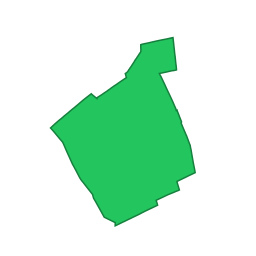 outline of Biled, Timis, Romania, rotated 103°
{"feature_id": "2599482B65563372669313", "entity_name": "Biled", "entity_type": "district", "adm_level": 2, "iso_a3": "ROU", "parent_name": "Romania", "parent_adm1": "Timis", "projection": "robinson", "projection_center": [20.95, 45.877], "detail": "fine", "context": "isolated", "style": "filled", "palette": "green", "viewbox_px": 256, "rotation_deg": 103, "n_neighbors": 0, "source": "geoboundaries", "source_scale": "gbopen_adm2", "svg_char_len": 2873}
<svg xmlns="http://www.w3.org/2000/svg" viewBox="0 0 256 256"><g transform="rotate(103 128 128)"><path d="M145.4,203.5L147.7,200.2L150.5,196.5L152.1,194.4L153.8,192.2L156.5,188.5L158.8,186.7L163.3,183.4L165.2,182.0L167.9,179.9L173.3,175.8L175.8,173.9L178.3,171.6L180.7,169.5L182.8,167.7L187.5,163.7L188.0,163.2L188.8,162.4L190.3,160.6L191.0,159.6L194.2,155.7L197.5,151.6L200.7,147.6L203.9,145.9L204.1,145.8L206.6,143.4L210.9,139.5L214.8,136.0L218.8,132.4L219.4,131.8L219.8,131.5L220.2,131.2L220.8,128.7L221.7,124.9L222.7,120.7L223.0,119.2L226.2,118.5L223.1,114.6L220.4,111.3L220.0,110.7L217.2,107.3L215.9,105.6L213.9,103.2L212.9,101.9L210.9,99.4L209.7,97.9L207.1,94.9L205.5,93.0L202.7,89.5L199.7,85.7L197.0,82.3L196.6,81.8L195.2,82.5L193.2,83.7L192.1,84.3L190.6,82.4L187.6,78.6L184.5,74.7L184.1,74.2L180.8,69.5L178.4,66.2L177.8,65.2L176.8,64.0L174.7,65.2L170.5,67.6L169.1,68.3L166.0,64.5L163.2,61.0L162.3,59.9L160.8,58.1L159.1,55.9L157.5,53.9L156.4,52.5L153.1,53.9L146.7,56.8L145.2,57.4L139.8,59.7L136.4,61.1L134.5,61.9L133.6,62.4L131.9,63.1L131.7,63.2L131.0,63.5L130.9,63.5L129.4,64.6L125.6,67.1L122.1,69.4L122.1,69.5L120.6,70.6L117.7,72.7L114.4,75.1L111.7,77.0L111.2,77.4L110.7,77.3L110.3,77.2L109.8,77.3L109.5,77.5L108.1,78.5L105.2,80.5L102.5,82.3L100.7,83.6L99.5,84.3L100.1,84.8L98.9,85.6L98.7,85.6L98.4,85.8L97.7,86.3L94.0,89.1L93.9,89.1L91.0,91.3L87.3,94.2L84.9,96.1L82.8,97.8L80.5,99.6L77.2,102.1L75.2,103.7L71.9,106.3L70.5,107.4L69.1,108.7L67.8,109.7L66.8,107.5L66.1,105.9L65.8,105.3L64.5,102.5L63.5,100.5L62.3,98.0L62.0,97.0L61.7,96.3L60.5,93.8L60.4,93.8L56.8,95.0L53.3,96.3L50.6,97.2L48.2,98.0L44.8,99.3L41.2,100.5L38.7,101.4L35.5,102.5L33.2,103.3L29.8,104.5L30.6,105.9L30.4,105.9L32.4,110.0L34.8,115.4L37.3,120.8L40.7,127.7L41.5,129.4L41.9,130.4L42.6,131.8L43.2,133.1L43.5,133.6L43.9,134.3L45.3,134.0L45.8,133.9L47.9,133.3L49.1,133.0L50.6,132.7L50.8,132.7L52.1,133.2L52.6,133.4L54.8,134.2L56.4,134.8L57.2,135.1L58.4,135.5L59.2,135.9L59.6,136.1L61.1,136.6L62.5,137.0L63.8,137.5L65.7,138.2L66.9,138.6L68.6,139.3L71.1,140.3L71.7,140.5L72.1,140.6L72.6,140.8L73.3,141.1L73.5,141.2L73.8,141.4L74.1,141.6L74.3,141.7L74.6,142.0L75.0,142.3L75.2,142.6L75.5,142.9L79.3,140.9L79.4,141.0L81.8,143.3L84.2,145.5L85.4,146.6L87.3,148.3L88.4,149.3L89.2,150.0L89.4,150.3L91.4,152.1L92.6,153.2L94.2,154.5L95.8,156.0L96.5,156.5L98.1,158.0L100.0,159.8L101.8,161.4L104.6,164.2L105.9,165.4L106.2,164.9L106.3,164.9L104.6,168.3L104.1,169.4L103.2,171.1L102.9,171.5L104.4,172.7L105.5,173.6L107.6,175.3L108.8,176.3L109.6,176.9L111.1,178.1L112.3,179.0L114.6,180.7L116.4,182.0L118.1,183.3L119.0,184.0L120.0,184.7L121.6,186.0L122.1,186.4L123.7,187.6L125.3,188.8L126.6,189.7L128.0,190.8L128.6,191.3L129.2,191.7L130.4,192.7L132.0,193.8L134.0,195.3L135.6,196.6L136.4,197.2L138.9,199.0L140.1,199.9L142.6,201.6L143.8,202.4L145.4,203.5Z" fill="#22c55e" stroke="#15803d" stroke-width="1.5"/></g></svg>